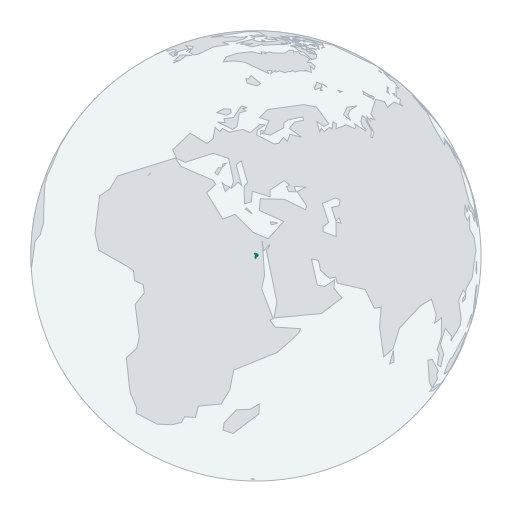 globe centered on Qina, rotated 24°
{"feature_id": "EGY-1551", "entity_name": "Qina", "entity_type": "Governorate", "adm_level": 1, "iso_a3": "EGY", "parent_name": "Egypt", "parent_adm1": "", "projection": "orthographic", "projection_center": [32.546, 25.704], "detail": "fine", "context": "on_globe", "style": "filled", "palette": "teal", "viewbox_px": 512, "rotation_deg": 24, "n_neighbors": 0, "source": "natural_earth", "source_scale": "10m", "svg_char_len": 10809}
<svg xmlns="http://www.w3.org/2000/svg" viewBox="0 0 512 512"><g transform="rotate(24 256 256)"><circle cx="256" cy="256" r="225" fill="#eef3f6" stroke="#a8b0b8"/><path d="M279.7,32.0L278.9,31.9L278.1,31.8L285.2,32.7L288.7,33.4L278.4,32.0L283.5,33.3L267.4,32.8L240.6,32.1L231.1,33.9L202.0,39.2L204.1,39.4L194.4,42.5L193.2,44.0L188.1,45.2L191.5,45.5L196.4,44.2L199.5,44.1L199.3,45.0L192.8,46.5L191.9,46.2L189.9,47.2L186.8,47.6L188.2,48.0L180.3,50.0L187.6,49.6L181.0,52.6L175.9,53.6L177.1,51.3L168.3,50.2L163.5,51.6L155.5,55.3L139.2,66.0L133.6,68.9L125.6,74.4L128.3,73.4L135.5,68.9L138.6,69.0L147.1,64.2L149.6,63.8L158.1,60.2L156.0,63.3L149.4,68.4L142.3,71.8L139.2,74.3L145.4,73.6L131.5,82.9L121.3,95.0L117.8,97.6L112.1,97.1L113.6,90.3L106.2,92.2L110.2,93.8L101.4,101.1L99.6,103.8L99.6,105.4L102.6,104.0L99.4,107.4L94.3,106.4L97.1,103.3L98.7,103.4L99.4,100.5L95.8,101.0L91.6,105.3L90.7,103.5L87.7,106.7L85.9,108.6L90.7,103.3L82.0,113.1L81.4,113.6L92.0,101.6L103.3,90.4L115.4,80.0L128.2,70.5L141.7,61.9L155.7,54.3L170.2,47.7L185.2,42.1L200.5,37.7L216.1,34.3L231.9,32.0L247.8,30.9L263.8,30.9L279.7,32.0ZM35.6,209.6L35.3,210.8L35.0,212.5L35.6,209.6ZM34.8,213.3L31.9,235.4L32.6,251.5L32.7,262.6L32.3,266.7L33.4,271.8L33.5,275.4L41.4,295.5L48.4,312.1L50.2,324.4L48.2,332.5L55.6,357.6L54.7,357.1L47.8,342.1L42.1,326.7L37.5,311.0L34.1,294.9L31.9,278.7L30.8,262.3L30.9,245.9L32.3,229.5L34.8,213.3ZM158.6,58.9L158.3,59.6L156.9,59.8L158.6,58.9ZM162.6,56.9L161.1,56.8L162.8,55.8L163.6,55.9L162.6,56.9ZM294.5,34.0L296.9,34.5L292.7,33.7L294.5,34.0ZM164.0,57.3L165.9,54.2L168.9,52.7L174.6,51.8L164.0,57.3ZM297.2,34.7L303.3,36.6L307.3,37.2L299.5,37.0L296.9,35.1L291.0,33.8L295.7,34.6L297.2,34.7ZM198.0,43.4L192.9,44.8L197.4,42.8L198.0,43.4ZM200.2,42.2L209.7,37.5L217.3,36.3L212.5,37.9L222.5,36.2L221.5,37.8L215.8,39.2L211.1,39.5L214.3,40.0L200.2,42.2ZM294.2,36.8L294.2,37.3L292.3,36.6L294.2,36.8ZM201.1,43.9L202.4,42.8L209.0,41.7L207.7,43.6L206.0,43.3L201.1,43.9ZM225.6,35.1L230.3,34.8L230.7,36.0L232.6,36.2L222.1,37.8L225.6,35.1ZM204.3,44.1L206.8,44.7L203.5,46.2L200.3,44.9L204.3,44.1ZM211.3,40.6L214.3,40.3L212.2,41.0L211.3,40.6ZM193.0,52.8L194.4,51.1L197.9,50.3L193.0,52.8ZM208.0,44.8L209.2,44.3L210.7,43.9L211.6,44.6L208.0,44.8ZM223.2,38.7L222.4,39.5L227.5,38.1L228.1,39.3L220.9,40.3L224.2,40.4L224.4,40.8L218.4,41.2L223.2,38.7ZM217.3,44.3L208.4,46.6L205.1,49.6L201.8,50.3L207.7,45.4L217.3,44.3ZM218.4,42.4L217.0,43.7L213.7,43.7L212.6,42.9L218.4,42.4ZM231.0,39.8L232.0,37.7L233.5,37.6L231.0,39.8ZM217.0,45.1L219.1,44.6L217.1,45.3L217.0,45.1ZM227.4,41.4L227.6,40.5L229.3,40.4L227.4,41.4ZM223.3,44.4L220.4,45.0L219.6,44.4L223.3,44.4ZM225.7,43.0L228.0,43.1L221.0,43.8L225.5,42.6L225.7,43.0ZM229.0,41.4L230.1,41.1L228.7,41.8L229.0,41.4ZM227.9,46.9L219.3,47.9L217.6,46.3L226.2,45.4L227.9,46.9ZM99.9,301.2L88.7,264.9L95.2,254.2L97.0,239.2L142.3,199.4L151.1,204.7L185.9,204.3L190.1,206.8L185.2,218.3L210.7,235.8L219.9,226.5L243.7,235.5L260.1,235.3L267.4,213.1L240.5,212.9L236.7,202.0L258.8,192.7L282.4,193.6L281.7,189.5L267.4,180.5L273.5,172.8L262.6,176.8L266.5,181.0L259.8,183.9L255.7,180.3L258.1,177.6L251.1,175.7L241.9,190.3L244.9,196.2L226.4,198.3L229.6,208.5L224.3,212.9L216.9,197.5L218.2,192.0L203.8,175.0L200.8,180.7L214.2,197.5L209.7,195.9L205.7,204.9L205.2,196.9L191.4,178.0L175.1,179.5L153.2,199.2L143.9,199.2L136.7,192.8L145.9,170.6L165.6,173.2L169.1,166.4L166.2,155.0L172.4,157.1L173.6,153.0L181.2,153.8L192.8,145.6L200.6,145.7L206.2,134.0L211.0,132.7L206.3,139.8L207.2,145.1L226.8,146.3L230.8,144.0L232.9,136.6L238.0,138.3L237.5,131.1L249.3,128.9L234.6,125.8L236.6,118.1L244.2,112.7L242.2,109.8L229.8,118.8L227.3,123.1L229.3,127.4L220.0,139.7L213.0,141.3L212.8,127.1L202.9,128.2L207.0,117.5L238.0,98.3L250.5,95.3L268.8,105.6L265.3,110.1L257.0,108.4L263.7,116.7L263.6,112.8L267.9,114.5L270.9,108.3L274.1,109.3L271.6,102.1L275.8,102.6L277.3,107.2L285.3,99.5L294.4,99.5L294.7,97.4L292.4,95.2L305.4,97.2L305.0,95.6L300.6,94.2L297.1,90.3L295.9,84.5L300.4,85.5L301.5,87.7L310.5,94.3L312.6,100.7L314.3,100.6L313.6,95.4L302.6,87.2L300.6,83.5L306.4,86.7L304.1,85.2L304.5,83.7L309.2,83.3L303.1,79.6L301.6,64.2L310.5,62.7L315.8,66.8L319.5,59.2L329.3,59.4L325.2,58.0L324.3,54.3L321.2,54.1L319.2,53.2L315.4,45.2L318.0,44.6L311.8,40.9L309.7,40.4L307.4,40.5L299.5,37.0L307.3,37.2L311.6,38.4L313.5,38.3L323.1,41.2L332.0,44.1L341.4,48.3L347.5,50.7L356.0,54.2L373.2,63.6L359.1,56.8L333.3,45.8L343.8,50.0L341.4,49.5L345.1,51.5L352.6,54.8L353.4,54.8L365.1,65.0L383.0,78.0L381.8,74.3L386.6,76.2L405.8,91.0L428.5,119.7L435.1,125.0L439.2,130.2L441.5,135.8L435.7,128.3L433.1,127.8L429.5,123.1L431.3,130.5L426.1,124.1L430.0,133.6L434.5,137.5L434.8,132.8L440.4,144.6L447.7,150.3L454.5,161.3L462.3,187.8L461.3,200.5L462.5,204.6L459.1,202.9L459.1,213.8L469.3,230.6L470.7,237.0L468.6,254.5L467.7,249.9L458.5,245.2L460.2,261.6L467.3,269.1L469.8,282.1L465.9,281.4L462.9,270.2L459.6,268.2L458.1,254.4L450.7,237.0L446.5,244.5L444.6,236.4L433.8,224.0L426.5,234.5L416.4,263.5L418.9,284.7L413.7,296.3L398.0,271.0L391.1,251.7L385.4,255.7L369.3,242.2L341.3,247.7L337.4,242.9L332.1,246.5L320.8,242.8L314.8,234.6L307.9,236.2L323.8,257.6L331.2,256.0L337.5,245.8L340.5,253.9L351.5,259.3L339.1,282.0L297.7,305.2L293.8,289.5L263.2,246.7L264.3,241.6L264.1,241.0L263.8,240.0L260.8,248.3L255.6,239.7L271.7,270.3L274.4,283.5L297.1,306.2L294.9,308.9L302.3,313.2L326.2,304.3L326.2,309.6L314.9,335.1L282.0,369.3L286.5,389.0L284.4,405.4L264.3,416.6L266.4,428.0L256.1,432.1L255.7,438.3L247.6,444.5L234.0,449.8L210.4,448.3L208.6,443.1L196.2,431.5L179.0,401.7L184.6,388.7L182.3,377.4L165.3,349.4L169.0,335.1L164.5,328.0L155.2,328.0L150.1,319.4L144.5,318.1L110.1,314.6L99.9,301.2ZM126.0,222.5L124.5,226.8L126.0,222.5ZM307.2,206.4L321.4,205.8L315.3,192.4L320.3,191.3L316.4,187.4L314.8,191.5L305.3,180.9L311.5,176.2L309.9,170.5L305.1,170.5L295.2,180.9L308.7,195.8L305.3,201.8L307.2,206.4ZM35.3,211.0L34.6,214.5L34.9,212.9L35.3,211.0ZM45.1,176.9L44.2,179.4L44.5,178.4L45.1,176.9ZM101.7,101.2L102.0,101.4L101.3,103.5L100.1,103.6L101.7,101.2ZM107.1,108.1L101.8,113.5L104.8,109.4L102.1,110.2L105.1,103.1L116.2,98.5L110.6,101.7L107.1,108.1ZM112.1,93.2L108.9,97.7L111.9,93.0L112.1,93.2ZM173.0,132.2L175.2,135.2L171.8,139.4L161.9,140.9L166.7,134.7L173.0,132.2ZM179.1,138.6L181.6,125.0L187.8,124.1L183.9,126.8L187.8,127.5L182.5,132.2L186.0,145.2L183.2,149.9L166.5,149.2L173.5,146.6L170.9,143.6L179.1,138.6ZM176.9,97.6L178.1,93.2L190.1,96.5L187.7,100.3L177.6,101.7L174.7,98.0L176.9,97.6ZM173.7,57.1L173.4,56.3L175.2,55.7L176.9,56.0L173.7,57.1ZM193.4,52.1L177.1,60.5L175.8,59.9L167.7,66.4L161.4,67.4L166.9,63.0L155.9,69.0L158.3,65.5L151.2,69.9L164.0,60.0L165.8,57.6L166.3,59.8L172.0,58.9L175.1,57.7L184.9,52.9L191.4,47.8L198.2,46.6L201.3,47.1L200.7,48.1L196.5,48.5L198.8,49.6L192.3,51.0L193.4,52.1ZM233.1,62.0L228.4,60.6L232.0,65.9L225.5,66.1L226.3,66.7L221.3,68.6L216.6,72.1L213.7,71.7L213.1,73.3L209.8,74.8L208.0,76.9L202.3,77.2L199.6,80.0L198.4,78.6L195.4,83.3L195.1,80.0L190.7,82.1L193.4,84.2L166.8,83.6L156.0,87.0L147.1,91.9L147.7,86.3L156.4,78.5L168.8,71.2L179.2,69.2L177.6,67.4L182.1,66.0L181.5,68.0L185.1,64.2L188.7,63.7L199.7,59.0L202.7,54.5L206.8,52.9L207.4,54.5L211.1,51.9L215.0,53.9L218.0,52.9L224.8,54.3L224.2,58.3L227.6,57.0L232.9,58.4L233.1,62.0ZM229.7,47.3L230.4,51.4L227.2,53.7L216.6,50.5L213.4,51.1L206.5,49.7L211.3,46.5L212.8,47.1L215.4,47.0L212.9,48.1L216.9,47.2L219.1,48.1L222.8,47.8L222.0,49.1L229.7,47.3ZM195.5,202.9L198.8,203.8L204.2,203.8L201.8,209.7L195.5,202.9ZM185.7,190.2L188.9,189.8L188.1,197.6L184.6,196.9L185.7,190.2ZM191.2,183.2L189.1,189.1L188.2,185.6L191.2,183.2ZM209.3,139.2L212.7,138.6L212.8,140.4L210.6,142.9L209.3,139.2ZM242.3,79.9L240.2,78.1L241.3,77.4L240.8,72.6L245.6,72.3L247.8,75.1L242.3,79.9ZM262.5,217.0L257.4,221.3L255.1,219.2L257.3,218.1L262.5,217.0ZM227.9,215.9L235.5,219.1L227.1,217.5L227.9,215.9ZM247.4,78.8L246.7,76.7L249.5,77.9L247.4,78.8ZM249.0,72.0L252.5,72.9L246.1,71.8L249.0,72.0ZM344.3,460.3L345.2,460.8L341.9,461.9L344.3,460.3ZM322.9,399.0L307.3,427.4L296.7,428.5L294.8,421.2L300.6,404.5L313.0,398.4L319.1,389.9L322.9,399.0ZM478.0,294.4L477.3,297.6L477.8,295.1L478.1,293.4L478.0,294.4ZM477.3,297.1L472.3,307.3L469.7,308.9L470.9,304.4L475.1,298.7L477.3,297.1ZM470.6,304.7L465.9,301.1L455.4,281.2L459.2,278.7L469.4,287.0L468.9,290.5L471.8,294.5L470.6,304.7ZM480.0,271.5L479.3,281.1L477.1,286.1L475.8,287.2L475.0,277.5L475.5,270.7L476.7,268.7L478.6,240.7L479.9,242.6L480.0,253.4L480.8,258.9L480.0,271.5ZM419.9,286.3L425.2,296.7L422.0,300.2L419.9,286.3ZM477.2,223.6L477.9,235.5L476.5,221.1L477.2,223.6ZM475.1,211.1L476.1,215.2L474.9,212.4L475.1,211.1ZM464.6,210.6L463.4,213.8L462.3,210.9L463.1,205.0L464.6,210.6ZM459.6,170.9L463.6,179.5L464.8,182.9L462.3,178.7L459.6,170.9ZM287.2,77.7L282.6,84.3L282.5,89.8L287.4,93.6L278.5,91.5L278.7,83.0L287.2,77.7ZM299.4,65.5L295.0,62.8L298.1,62.6L299.6,63.2L299.4,65.5ZM295.9,64.9L288.3,64.4L286.6,62.0L293.0,62.8L295.9,64.9ZM267.8,70.6L266.1,72.5L263.8,71.4L267.8,70.6ZM481.1,263.7L481.1,264.5L481.1,264.8L480.9,268.8L481.0,268.0L480.7,272.0L480.0,279.8L479.9,280.4L480.5,272.4L481.0,260.1L481.1,254.2L481.2,250.0L481.2,252.1L481.1,259.2L481.1,263.7L481.2,260.6L481.1,263.7ZM479.9,231.2L479.1,226.5L479.5,231.6L477.7,216.8L478.7,222.3L479.9,231.2ZM477.6,217.4L478.0,222.0L476.9,213.9L477.6,217.4ZM477.5,220.1L476.4,215.3L476.7,214.3L477.5,220.1ZM477.6,216.5L475.7,207.5L476.8,211.7L477.6,216.5ZM473.4,204.8L475.8,209.4L474.6,210.6L469.5,194.5L469.7,192.1L473.4,204.8ZM442.4,131.4L439.6,127.7L438.3,125.1L440.6,128.3L442.4,131.4ZM431.5,114.9L437.0,123.3L441.0,130.9L442.1,131.6L447.1,139.5L443.0,134.8L436.7,124.4L434.5,120.0L429.7,113.9L425.4,108.1L419.4,101.9L416.0,98.2L420.8,102.7L431.5,114.9ZM416.8,99.4L404.8,88.3L404.4,87.0L407.0,89.1L412.7,94.6L412.5,94.9L416.8,99.4ZM401.8,85.4L401.5,85.8L383.2,74.1L379.2,71.4L393.0,78.7L393.5,79.6L398.0,83.0L401.8,85.4ZM296.6,37.7L294.4,37.4L295.8,37.2L296.6,37.7ZM317.6,53.2L315.0,51.9L316.7,51.5L317.6,53.2ZM309.0,48.5L308.8,49.8L307.1,48.0L309.0,48.5ZM308.8,53.0L307.9,50.1L311.5,53.5L308.8,53.0Z" fill="#d9dde1" stroke="#a8b0b8" stroke-width="1"/><path d="M254.6,253.9L254.6,254.0L254.8,254.2L254.9,254.3L255.0,254.3L255.2,254.2L255.3,254.2L256.0,253.8L256.3,253.8L256.5,253.8L256.8,253.9L256.9,254.0L257.0,254.1L257.2,254.3L257.3,254.5L257.4,254.9L257.4,255.1L257.3,255.3L257.1,255.8L256.6,256.3L256.4,256.5L256.3,256.8L256.3,257.1L256.3,257.4L256.4,257.5L256.5,257.6L256.5,257.8L256.5,258.0L256.4,258.1L256.0,257.9L255.9,257.8L255.9,257.7L255.8,257.0L255.6,256.6L255.6,256.4L255.8,256.2L256.3,255.8L256.4,255.7L256.5,255.5L256.5,255.3L256.5,255.2L256.7,254.9L256.7,254.7L256.6,254.4L256.4,254.4L256.2,254.5L255.3,254.8L255.0,254.9L254.9,255.0L254.8,254.9L254.7,254.9L253.9,254.3L254.0,254.2L254.3,254.1L254.5,253.9L254.6,253.9ZM256.4,256.1L256.4,255.9L256.3,256.1L256.4,256.1Z" fill="#14b8a6" stroke="#0f766e" stroke-width="1.5"/></g></svg>